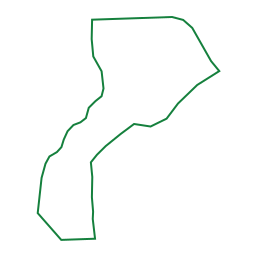 outline of Mpigi, rotated 178°
{"feature_id": "UGA-3078", "entity_name": "Mpigi", "entity_type": "District", "adm_level": 1, "iso_a3": "UGA", "parent_name": "Uganda", "parent_adm1": "", "projection": "natural_earth1", "projection_center": [32.214, 0.138], "detail": "fine", "context": "isolated", "style": "outline", "palette": "green", "viewbox_px": 256, "rotation_deg": 178, "n_neighbors": 0, "source": "natural_earth", "source_scale": "10m", "svg_char_len": 627}
<svg xmlns="http://www.w3.org/2000/svg" viewBox="0 0 256 256"><g transform="rotate(178 128 128)"><path d="M165.4,80.3L166.5,60.1L165.8,45.6L166.4,38.3L164.8,18.5L198.6,18.5L221.2,46.1L216.1,81.2L211.7,95.2L207.5,102.3L199.9,106.4L195.2,111.2L192.6,118.7L188.5,126.9L182.4,132.9L175.4,135.3L169.7,139.4L166.5,149.6L159.6,156.0L153.3,160.7L151.1,168.3L152.4,185.6L160.2,200.7L161.2,218.1L160.1,237.5L80.1,237.4L69.1,234.1L60.3,225.8L42.6,191.9L34.8,181.7L57.3,168.6L77.2,150.7L89.1,136.0L105.4,128.7L121.8,131.8L135.4,122.4L150.8,110.8L159.9,102.4L166.3,95.0L165.4,80.3Z" fill="none" stroke="#15803d" stroke-width="2"/></g></svg>